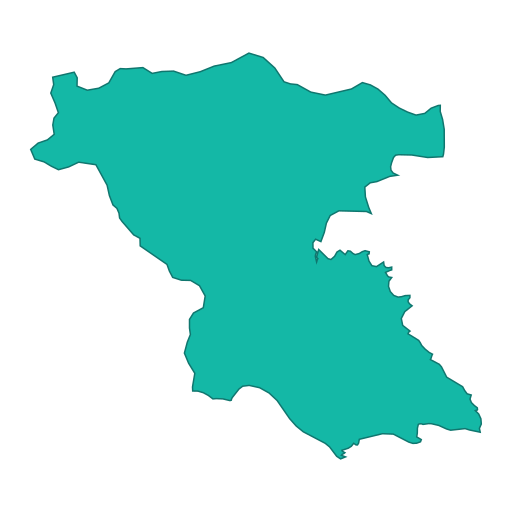 an SVG outline of Burgas
{"feature_id": "BGR-2254", "entity_name": "Burgas", "entity_type": "Province", "adm_level": 1, "iso_a3": "BGR", "parent_name": "Bulgaria", "parent_adm1": "", "projection": "natural_earth1", "projection_center": [27.462, 42.445], "detail": "fine", "context": "isolated", "style": "filled", "palette": "teal", "viewbox_px": 512, "rotation_deg": 0, "n_neighbors": 0, "source": "natural_earth", "source_scale": "10m", "svg_char_len": 3292}
<svg xmlns="http://www.w3.org/2000/svg" viewBox="0 0 512 512"><path d="M340.6,458.9L336.7,456.3L329.6,446.9L325.2,443.3L303.3,431.8L296.2,426.0L289.7,418.7L277.1,400.5L269.1,393.0L259.6,387.7L249.2,385.4L242.7,386.2L239.0,389.0L232.4,397.4L231.6,398.8L231.3,400.2L230.0,400.6L222.9,398.9L216.2,398.6L212.9,398.9L208.3,395.4L203.3,392.7L197.9,391.1L192.7,391.0L192.7,390.9L192.5,387.0L194.8,373.3L188.6,363.2L184.4,353.1L187.3,342.2L190.4,334.5L189.5,328.1L189.5,319.4L193.5,313.0L203.3,307.7L205.2,296.0L199.5,285.7L190.6,280.4L181.4,280.2L172.7,277.4L169.4,271.1L167.0,264.4L140.2,245.9L140.0,238.3L133.7,234.9L122.1,221.5L119.6,218.0L119.0,213.2L116.9,208.3L113.0,205.0L109.4,195.6L107.1,185.2L95.9,164.7L78.6,162.2L68.7,166.9L58.5,169.7L51.3,166.2L44.1,161.9L34.8,159.1L30.7,149.4L38.1,143.1L47.4,139.9L54.2,134.3L52.8,125.0L54.0,118.1L58.4,112.7L55.1,103.1L50.8,93.1L53.7,84.6L52.7,77.2L74.2,72.2L77.2,77.8L77.0,86.1L87.3,90.2L98.8,88.2L108.8,82.9L115.2,71.6L120.2,68.6L126.1,68.9L142.9,67.6L152.2,73.4L161.9,71.5L173.6,71.1L186.0,75.3L200.3,71.7L214.2,66.1L231.3,62.6L248.9,53.1L263.2,57.5L274.8,68.0L284.0,81.8L290.4,83.9L297.3,84.6L310.8,92.1L325.4,95.1L351.4,89.0L362.4,82.6L370.4,84.9L378.0,89.1L385.1,95.3L391.5,102.9L399.2,108.0L407.4,112.0L416.0,115.1L424.8,113.4L431.1,108.2L438.2,105.5L440.3,105.3L440.2,111.4L442.6,119.5L444.2,129.3L444.3,147.1L443.5,154.1L442.8,156.7L427.7,157.5L411.8,155.0L398.7,154.7L395.6,155.2L393.5,157.5L391.6,162.7L390.6,166.7L391.0,170.2L393.1,173.0L397.7,175.2L389.7,176.4L376.9,181.6L370.2,182.8L364.8,187.1L365.4,196.9L368.7,207.4L371.3,213.6L366.5,211.5L338.9,210.8L330.2,215.5L326.4,223.1L324.3,232.4L320.9,241.6L315.6,239.2L312.9,242.7L313.0,248.2L316.6,251.8L315.6,254.4L315.3,256.3L316.6,262.0L317.5,259.2L317.9,258.7L316.6,257.1L318.7,249.5L328.0,258.7L331.0,259.5L334.6,256.3L337.0,252.0L340.0,250.2L345.2,254.6L347.9,250.8L350.4,251.2L352.8,253.4L355.1,254.6L359.3,253.5L362.2,251.7L365.1,250.7L369.3,251.8L369.1,253.7L368.8,254.1L368.2,254.0L367.2,254.6L369.0,261.1L371.9,265.7L376.5,266.6L383.6,262.0L384.1,265.5L385.8,267.4L388.4,267.8L391.7,267.1L391.7,269.9L390.0,270.4L385.5,272.4L387.7,276.1L388.9,277.0L391.7,277.5L388.9,281.3L388.5,286.4L390.3,291.6L393.7,295.4L398.1,297.1L401.5,296.7L405.2,295.6L409.9,295.4L409.9,297.7L408.2,299.8L408.1,301.8L409.5,303.8L412.1,305.8L404.8,311.6L401.3,318.5L402.7,325.4L410.0,331.1L408.7,332.1L408.5,332.5L408.0,333.8L418.7,340.4L420.3,342.8L421.7,345.5L425.1,349.1L429.1,352.4L432.5,354.2L431.9,355.5L431.0,358.4L430.4,359.6L439.3,364.3L441.5,366.9L446.7,377.2L462.6,386.7L464.6,390.4L467.1,393.8L471.2,395.0L470.0,399.1L471.4,402.6L474.3,405.5L477.3,407.8L477.5,409.7L477.0,410.2L476.2,410.2L475.3,410.6L478.7,414.0L480.9,418.8L481.3,424.0L479.4,428.4L480.2,432.2L469.6,430.0L465.1,428.6L450.6,430.2L446.6,429.0L438.7,425.4L431.4,423.7L428.6,423.6L423.0,424.4L421.8,423.9L420.6,423.8L419.4,423.9L418.3,424.4L417.4,428.2L417.3,433.2L416.7,436.9L421.3,439.6L420.5,441.8L416.7,443.2L412.9,443.4L408.8,442.1L393.3,434.1L382.4,433.7L359.3,439.3L358.6,443.1L357.5,444.9L356.0,444.9L353.7,443.3L351.3,446.3L348.3,448.2L341.9,450.3L342.3,451.2L343.1,451.7L344.0,452.2L344.9,452.7L343.9,453.5L342.1,454.4L341.4,455.3L345.5,456.9L340.6,458.9Z" fill="#14b8a6" stroke="#0f766e" stroke-width="1.5"/></svg>